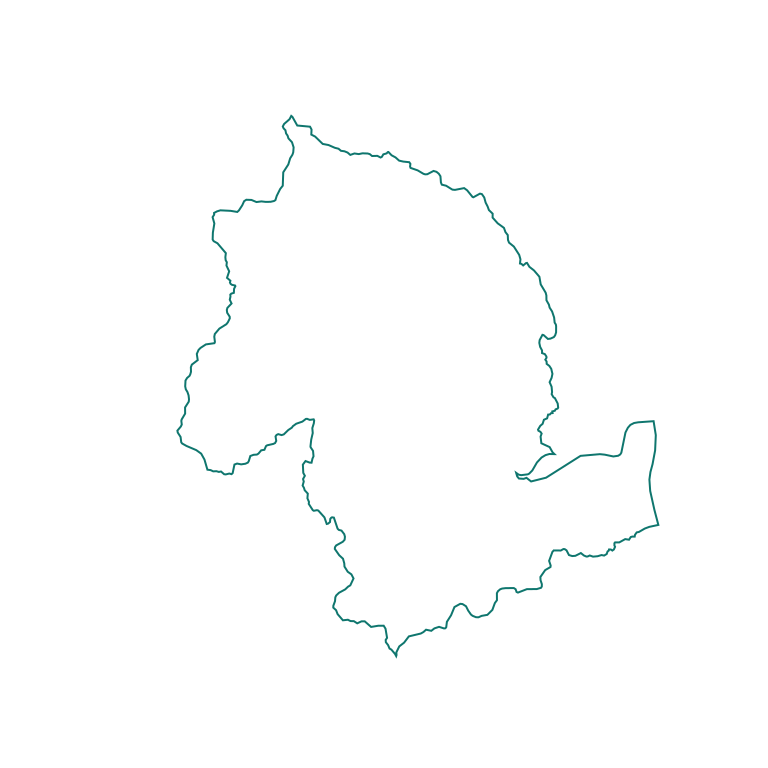 La-Un, Ranong, Thailand, rotated 145°
{"feature_id": "78962969B34632522094222", "entity_name": "La-Un", "entity_type": "district", "adm_level": 2, "iso_a3": "THA", "parent_name": "Thailand", "parent_adm1": "Ranong", "projection": "orthographic", "projection_center": [98.781, 10.072], "detail": "fine", "context": "isolated", "style": "outline", "palette": "teal", "viewbox_px": 768, "rotation_deg": 145, "n_neighbors": 0, "source": "geoboundaries", "source_scale": "gbopen_adm2", "svg_char_len": 6166}
<svg xmlns="http://www.w3.org/2000/svg" viewBox="0 0 768 768"><g transform="rotate(145 384 384)"><path d="M240.1,111.2L234.7,125.8L227.3,143.7L221.4,153.5L216.2,159.1L210.0,164.3L200.0,174.1L190.7,186.2L184.5,198.9L197.7,206.8L201.5,208.6L205.6,209.2L209.3,208.3L214.0,205.8L229.0,191.6L230.9,190.8L233.3,190.9L237.7,193.1L243.7,199.5L247.4,202.7L264.2,212.4L305.0,214.3L319.4,219.8L321.1,225.4L324.0,226.2L327.7,229.2L327.9,231.9L326.7,235.4L325.7,232.5L324.0,230.7L318.0,227.5L316.5,227.3L312.1,228.1L303.7,232.0L297.1,233.4L292.5,233.1L288.7,231.8L284.6,228.8L285.1,231.3L284.5,237.3L289.1,245.2L285.9,251.1L283.3,253.0L283.3,255.1L284.3,257.2L284.0,258.3L280.0,260.1L276.9,260.4L273.5,263.0L270.1,262.3L267.1,264.8L265.7,263.9L264.0,264.3L262.6,263.5L261.9,265.0L259.4,264.1L258.0,264.8L255.9,264.3L254.9,264.7L252.9,268.4L252.1,274.4L252.8,275.9L252.5,279.5L251.0,280.9L248.3,285.6L247.3,290.5L243.2,292.9L240.2,295.7L238.3,300.5L238.2,304.0L239.2,307.2L237.9,309.2L237.9,311.4L235.8,312.3L235.2,313.4L235.1,316.2L236.8,318.7L235.3,320.8L234.8,324.8L233.2,328.6L231.3,330.7L226.0,333.4L225.2,332.5L223.9,326.9L221.6,325.7L218.0,325.0L215.9,325.7L213.4,327.6L209.8,332.7L209.1,334.2L209.0,336.4L206.5,340.9L204.7,347.0L204.5,351.6L203.4,354.4L202.9,359.4L200.2,363.4L199.2,366.1L198.5,375.7L195.2,382.7L196.0,391.0L197.7,396.6L197.4,401.2L198.3,401.6L202.0,401.3L202.5,403.5L203.5,404.7L200.7,407.9L199.2,412.2L198.8,422.1L200.5,428.1L199.8,430.9L197.2,435.0L197.4,438.7L196.2,443.1L198.7,450.4L199.6,458.0L197.3,461.2L198.3,466.3L197.3,470.0L196.7,474.3L194.9,479.3L194.9,483.4L196.2,484.9L203.7,485.7L204.2,486.4L204.8,495.0L206.0,498.5L214.5,502.3L216.5,504.0L219.4,510.8L222.3,514.1L221.8,516.4L218.6,521.8L218.5,524.8L219.3,527.7L221.2,530.1L228.2,531.0L230.0,532.1L231.1,533.5L233.9,539.7L238.3,545.8L237.9,547.2L236.1,549.2L236.1,551.2L240.7,555.2L243.5,558.3L244.6,563.0L246.6,567.0L247.3,571.5L247.9,571.8L249.6,571.4L252.8,572.5L255.5,571.3L256.9,571.5L258.6,574.7L263.0,577.6L263.8,580.5L265.2,582.2L269.3,585.3L272.8,586.8L276.0,589.8L280.2,591.0L281.1,594.5L282.9,597.3L285.5,599.7L286.3,602.8L288.8,605.7L292.4,611.6L296.5,615.8L298.5,626.2L300.5,630.0L297.4,634.0L297.0,637.2L306.8,645.5L305.8,655.4L306.2,656.8L309.5,655.1L316.7,654.3L319.2,653.0L319.6,651.0L319.2,648.4L320.5,645.4L320.5,642.8L321.4,640.0L320.7,634.8L322.3,629.7L325.4,625.9L327.4,624.4L331.4,622.7L336.5,618.7L345.1,615.2L353.2,604.5L357.2,603.3L364.0,599.6L367.5,596.9L369.2,597.0L372.4,598.3L376.4,601.0L379.7,603.9L384.1,606.2L387.0,610.8L391.1,613.9L393.7,614.0L397.6,611.7L403.3,609.4L405.5,609.1L410.3,613.8L418.4,620.1L421.8,621.2L425.1,621.6L426.0,620.1L428.7,619.0L430.9,612.8L437.4,606.1L441.5,600.6L441.6,598.7L439.7,594.8L438.5,581.9L441.2,578.9L442.7,576.2L442.9,573.9L445.1,571.4L446.2,565.1L451.7,561.0L450.6,556.7L452.0,555.5L452.2,554.0L451.7,552.5L449.5,550.1L449.6,549.4L452.2,548.0L454.7,544.8L457.2,545.6L458.6,545.4L459.7,543.6L462.0,541.5L462.7,537.4L468.6,536.2L470.3,534.8L471.6,532.3L471.8,527.6L472.7,526.2L476.5,524.1L478.8,523.4L487.1,523.8L493.9,522.0L495.9,520.1L498.4,515.4L499.5,514.7L507.2,518.6L513.6,518.8L516.3,518.3L520.1,516.0L522.9,510.4L530.3,510.1L532.6,508.5L535.1,504.7L537.2,503.0L538.7,502.2L541.8,501.9L544.6,500.7L548.2,496.1L549.4,493.3L549.6,490.2L550.6,486.8L552.5,483.3L554.1,481.5L560.4,478.9L563.9,473.8L570.1,471.0L571.2,470.0L572.9,466.8L574.8,465.7L580.0,464.3L580.8,462.5L581.0,457.3L583.5,452.6L583.5,451.1L581.3,446.5L575.7,437.5L573.7,431.8L574.4,425.1L577.8,415.1L575.4,412.9L574.0,410.4L571.3,408.7L569.7,406.7L567.7,405.8L566.7,401.8L565.5,400.7L562.1,399.4L560.6,397.6L559.1,397.8L552.7,403.8L550.0,403.1L547.1,400.1L543.3,398.2L540.6,397.7L539.0,398.4L534.8,401.7L531.4,400.8L528.6,399.1L526.8,399.0L522.6,400.1L519.7,398.7L516.3,400.8L514.9,400.8L509.0,398.4L507.1,398.1L504.9,399.2L502.9,403.3L501.2,403.9L499.4,403.6L497.2,400.9L495.0,400.2L488.8,401.2L484.5,401.1L482.9,401.7L478.7,401.8L472.4,400.0L468.0,400.2L467.0,399.6L465.4,397.2L461.9,395.4L462.1,394.2L464.1,392.0L468.0,389.0L470.5,384.7L475.5,380.2L480.0,375.1L480.4,374.2L480.5,369.9L483.2,365.2L485.4,363.9L488.5,361.1L490.0,362.3L492.5,365.9L496.7,364.5L501.1,357.5L501.5,354.2L504.8,352.6L505.7,350.1L508.9,347.5L509.1,344.9L509.9,342.5L509.3,337.9L512.3,334.3L513.1,330.4L514.4,329.0L514.7,321.5L514.2,320.4L511.3,319.1L510.4,318.0L509.3,308.9L511.2,302.2L510.0,301.7L507.4,301.9L505.4,304.3L504.0,304.7L503.0,304.6L501.7,303.3L505.0,292.1L504.7,290.4L502.9,288.3L502.7,283.8L503.6,281.3L505.6,279.0L508.3,278.4L515.8,279.2L517.8,278.4L518.9,277.1L518.9,269.4L517.8,264.4L519.4,259.9L521.1,257.1L521.4,251.0L519.9,246.8L520.5,242.2L527.1,238.4L529.7,238.6L533.6,238.0L540.6,238.8L544.4,238.2L546.2,237.2L548.7,234.2L552.7,231.4L553.8,229.9L553.0,226.2L554.0,222.1L553.2,214.0L548.8,211.6L547.4,209.0L544.7,207.0L543.2,203.3L538.6,202.5L535.9,200.6L533.9,192.4L527.2,189.2L522.9,186.2L523.1,182.7L527.1,174.3L529.4,173.4L530.6,171.4L530.4,167.8L531.2,164.1L530.3,162.2L529.8,156.5L530.1,154.1L529.2,154.8L527.8,157.1L522.0,160.3L515.9,160.6L508.4,163.0L497.0,158.5L494.0,158.2L490.5,158.6L486.8,154.7L482.9,154.9L478.2,153.5L475.0,149.3L473.8,148.7L472.5,149.1L468.9,153.1L461.7,156.1L454.2,160.9L447.6,160.2L445.9,158.7L444.3,154.9L445.0,150.1L445.0,145.3L444.4,143.3L442.4,140.2L440.4,138.7L437.1,138.1L431.7,135.6L424.8,136.8L418.8,141.0L415.5,142.1L411.5,147.9L409.5,148.9L406.6,149.2L404.6,148.7L401.6,147.1L394.7,142.4L393.9,140.4L394.7,137.6L393.9,136.3L384.6,134.0L376.5,128.4L372.3,127.0L370.9,127.6L369.5,129.5L368.3,133.5L366.6,136.2L358.7,139.1L352.6,138.6L351.6,139.7L350.2,144.4L342.3,149.9L340.4,150.3L334.7,146.2L331.7,145.9L330.7,145.1L329.9,143.1L330.6,137.8L328.5,135.1L325.8,133.5L319.7,132.6L318.6,128.8L317.2,126.6L316.1,125.9L313.8,125.5L311.8,122.7L307.8,120.4L303.9,119.1L302.1,117.2L299.1,117.0L296.9,118.6L295.5,118.6L294.6,119.4L293.1,118.3L292.5,116.6L290.6,116.6L288.1,118.1L287.9,119.5L286.6,121.4L285.6,121.7L282.1,119.3L275.4,118.6L272.6,115.9L269.7,117.1L268.1,116.6L266.2,115.2L264.9,116.5L262.1,117.5L260.1,116.6L253.2,116.0L248.6,114.8L240.1,111.2Z" fill="none" stroke="#0f766e" stroke-width="2"/></g></svg>